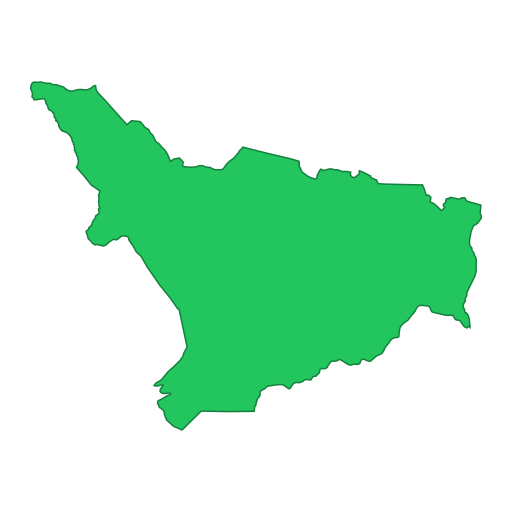 the district of Kintampo South, Brong Ahafo, Ghana
{"feature_id": "2480657B51466124780551", "entity_name": "Kintampo South", "entity_type": "district", "adm_level": 2, "iso_a3": "GHA", "parent_name": "Ghana", "parent_adm1": "Brong Ahafo", "projection": "robinson", "projection_center": [-1.864, 7.943], "detail": "fine", "context": "isolated", "style": "filled", "palette": "green", "viewbox_px": 512, "rotation_deg": 0, "n_neighbors": 0, "source": "geoboundaries", "source_scale": "gbopen_adm2", "svg_char_len": 5933}
<svg xmlns="http://www.w3.org/2000/svg" viewBox="0 0 512 512"><path d="M173.3,367.1L168.4,371.4L161.8,379.3L160.3,380.6L155.9,383.1L154.1,385.6L155.7,386.0L158.0,385.9L161.5,385.0L162.9,385.0L162.8,386.2L161.6,387.2L160.3,389.4L160.1,391.4L160.6,392.1L161.9,393.2L164.2,393.5L166.7,393.4L168.1,393.0L170.7,393.5L170.2,394.6L168.1,395.3L162.7,398.5L158.2,400.8L157.8,401.2L157.6,401.7L157.6,403.1L159.5,407.6L160.5,407.9L163.2,410.3L164.2,412.3L164.4,414.3L166.5,419.9L172.8,425.7L174.9,427.0L177.2,427.8L182.0,430.0L201.2,411.1L229.4,411.6L254.1,411.3L254.4,410.6L254.4,408.6L254.7,407.0L255.7,405.4L256.8,400.7L257.7,398.5L258.9,397.3L260.1,395.0L260.0,392.1L261.2,390.5L264.8,388.7L267.0,386.5L268.0,386.1L272.5,385.5L273.5,385.1L278.7,384.7L282.3,384.6L284.0,385.4L288.8,388.8L290.1,388.4L292.3,384.9L294.0,383.1L296.9,382.4L299.2,382.8L300.4,382.2L302.4,381.7L304.4,380.0L306.1,379.5L310.7,380.0L311.1,379.6L312.8,376.8L313.6,376.4L316.4,376.0L317.6,374.3L319.1,373.1L319.4,372.6L320.0,369.5L320.6,368.8L321.2,368.6L324.0,368.7L325.2,368.6L326.3,368.1L327.5,367.1L327.9,365.7L329.4,363.8L330.2,362.3L330.9,361.7L332.6,361.1L334.7,361.2L337.6,360.5L339.0,359.5L340.4,359.7L341.5,360.3L347.9,364.4L349.8,365.0L350.9,365.1L353.6,364.2L354.6,364.2L356.8,364.5L358.5,364.1L359.7,363.5L360.2,362.5L360.7,360.8L361.2,360.1L362.0,359.5L363.3,359.1L363.9,359.2L368.4,361.2L370.5,361.2L376.7,355.8L381.4,353.8L382.0,353.2L383.5,351.2L385.5,346.9L389.3,342.3L390.4,340.4L392.1,338.8L394.7,337.6L397.3,337.5L398.5,336.9L398.9,336.3L399.1,333.3L399.8,328.7L400.3,327.1L401.0,325.8L403.5,323.3L407.7,320.4L408.6,319.4L412.2,314.5L413.5,313.4L415.2,310.9L417.2,307.1L419.3,305.5L422.8,305.4L428.4,306.1L429.4,306.8L430.3,308.3L431.0,310.5L431.9,311.7L432.7,312.2L445.5,315.2L448.6,315.5L450.0,314.8L451.0,315.4L452.8,315.3L455.2,319.3L456.5,320.0L458.6,320.2L459.9,320.7L460.5,321.3L463.2,325.5L464.9,327.0L466.1,327.7L467.0,327.9L467.5,327.6L468.4,326.4L468.9,326.3L470.0,327.4L469.9,324.4L469.4,321.7L469.4,319.4L468.2,315.6L467.2,313.8L466.6,313.5L466.2,312.8L465.4,312.8L464.9,312.1L464.3,308.9L463.2,307.2L463.1,306.5L463.6,303.6L464.5,302.6L464.7,301.6L465.5,300.8L465.0,299.6L465.0,299.0L466.6,296.1L466.9,293.8L466.5,293.3L474.7,276.5L476.1,271.6L476.3,268.4L476.0,265.7L476.4,262.5L476.2,261.1L476.2,259.4L475.4,256.6L474.3,255.2L474.1,253.4L472.3,250.7L471.9,249.8L471.7,247.7L470.1,245.9L469.7,244.9L469.5,243.8L469.6,239.8L470.7,234.3L470.8,232.6L473.1,226.4L473.5,225.7L474.6,225.0L476.5,224.1L477.7,223.0L481.1,218.5L481.3,215.8L480.8,214.6L480.1,213.8L480.9,205.1L467.5,201.4L466.3,200.5L464.8,197.9L464.3,197.7L461.6,197.9L460.8,198.2L460.0,199.0L459.4,199.2L450.3,197.3L449.9,197.5L449.1,198.9L448.3,198.3L446.4,198.9L445.7,200.4L446.2,201.6L445.5,202.6L443.9,203.7L443.3,204.9L443.4,205.7L444.8,207.5L441.5,210.7L437.7,206.9L434.2,203.9L433.2,203.2L430.2,202.2L430.9,197.3L428.4,195.0L426.4,195.5L424.1,188.6L422.4,184.7L420.4,184.9L385.3,184.1L378.2,183.7L376.3,179.7L374.9,179.5L373.4,178.6L371.8,178.3L370.9,177.2L370.6,176.0L362.5,172.0L359.4,170.8L359.2,174.0L354.8,177.4L352.6,177.5L350.4,175.1L350.6,172.1L349.1,172.0L347.2,171.5L343.8,171.4L343.1,171.6L340.6,171.0L338.5,170.0L336.0,169.7L334.9,169.8L331.0,168.8L328.7,169.1L324.7,170.2L322.9,170.2L321.9,170.0L321.1,169.1L320.0,170.1L317.7,174.1L317.1,176.7L316.0,178.8L314.9,179.3L313.8,178.6L310.4,177.5L307.7,176.2L302.1,172.0L299.3,166.1L299.1,161.3L291.0,158.9L266.1,153.0L242.6,147.1L242.1,148.4L239.7,150.4L238.1,153.2L233.6,158.2L228.8,161.8L226.2,164.5L224.1,167.8L221.9,169.6L220.4,169.8L218.2,169.6L216.6,169.9L214.9,169.7L211.7,168.4L210.2,167.5L209.3,167.3L207.8,167.5L202.0,165.6L199.5,165.7L195.7,166.9L190.5,167.2L186.3,167.0L183.6,166.5L182.5,166.0L183.2,162.0L179.4,158.0L174.0,159.0L170.5,161.4L167.4,154.0L164.7,149.9L161.6,147.0L159.2,143.9L157.3,142.7L155.7,141.2L153.0,135.6L152.5,134.9L150.0,132.6L149.1,130.1L148.7,129.7L145.3,127.5L144.6,127.3L143.9,125.9L140.3,121.6L131.5,120.7L126.9,124.7L104.8,100.0L98.0,92.8L96.2,90.0L95.6,85.7L94.1,85.7L91.1,88.0L89.4,89.0L87.0,89.8L84.6,89.9L82.0,89.5L79.4,89.5L77.3,89.7L72.8,91.0L71.5,91.1L69.6,90.8L66.2,89.6L65.9,88.8L65.0,88.6L64.1,87.4L63.5,87.1L56.7,84.8L52.6,84.6L50.0,83.2L48.8,83.3L45.0,83.1L41.3,82.0L37.1,82.3L33.8,82.1L33.0,82.5L32.1,83.4L31.1,85.3L30.7,88.2L31.0,88.2L30.9,88.9L32.1,92.1L32.4,93.8L32.4,95.0L32.0,96.2L32.1,97.0L33.5,98.3L34.0,99.8L37.4,99.6L42.9,98.7L44.4,99.1L44.9,99.5L45.9,102.2L45.9,103.1L47.5,105.8L48.6,109.4L49.8,110.3L51.3,110.7L52.7,112.3L52.8,112.9L54.1,113.4L54.0,114.7L54.4,117.4L55.3,118.2L55.7,119.0L56.0,120.0L55.8,120.6L56.2,121.2L57.4,121.3L57.6,122.4L58.2,123.0L58.5,123.7L58.8,126.2L60.7,129.5L62.5,131.2L63.3,131.0L64.2,131.7L64.8,131.7L66.0,132.5L67.1,132.7L67.6,133.0L68.3,134.0L69.0,134.3L69.4,135.1L70.2,135.7L70.8,136.6L70.9,137.3L71.3,137.5L72.1,139.7L72.1,140.8L73.6,143.7L73.5,144.4L74.2,145.1L74.1,146.3L74.6,148.2L74.4,150.0L75.2,151.3L75.5,152.6L76.4,153.7L76.7,155.5L77.7,157.1L77.8,158.3L78.3,159.9L78.4,161.6L77.8,164.8L76.7,166.7L76.6,167.5L84.7,176.8L91.3,185.1L98.4,190.0L99.6,190.3L99.4,191.0L99.6,192.5L98.4,195.5L99.0,197.0L98.8,200.8L98.5,201.5L98.8,202.3L99.0,206.5L99.9,207.6L100.0,208.0L98.5,208.8L98.7,210.8L99.2,212.1L99.1,212.9L98.3,214.0L96.1,215.5L95.5,216.4L95.5,217.5L95.0,218.5L93.3,220.4L93.1,221.2L92.1,222.7L92.2,223.8L91.5,225.1L90.9,226.1L90.1,226.4L89.0,227.5L88.5,229.3L88.1,229.8L86.8,230.6L86.2,231.3L86.1,231.8L87.3,235.0L88.2,238.7L89.6,240.1L90.2,240.4L92.6,243.4L94.2,244.2L94.9,245.0L95.7,244.5L96.8,244.5L103.4,246.0L104.9,245.5L107.0,244.2L109.6,241.6L113.4,239.3L114.0,239.2L115.6,239.9L117.2,239.5L118.8,238.4L121.2,236.3L122.6,235.8L126.6,236.3L128.4,237.3L128.9,240.0L133.1,246.1L136.3,251.9L141.0,256.2L147.4,267.3L159.6,284.9L169.8,297.5L177.9,309.0L179.1,309.4L187.1,347.0L183.7,353.3L183.2,355.8L182.6,356.8L179.7,360.8L173.3,367.1Z" fill="#22c55e" stroke="#15803d" stroke-width="1.5"/></svg>